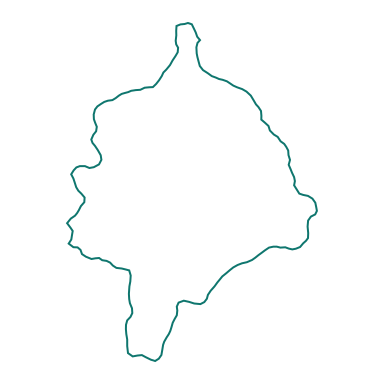 José Gonçalves de Minas, Minas Gerais, Brazil
{"feature_id": "56859067B28845498897374", "entity_name": "José Gonçalves de Minas", "entity_type": "district", "adm_level": 2, "iso_a3": "BRA", "parent_name": "Brazil", "parent_adm1": "Minas Gerais", "projection": "albers", "projection_center": [-42.66, -16.9], "detail": "fine", "context": "isolated", "style": "outline", "palette": "teal", "viewbox_px": 384, "rotation_deg": 0, "n_neighbors": 0, "source": "geoboundaries", "source_scale": "gbopen_adm2", "svg_char_len": 2691}
<svg xmlns="http://www.w3.org/2000/svg" viewBox="0 0 384 384"><path d="M200.0,40.1L197.2,36.7L195.7,32.4L194.0,28.8L191.8,24.3L187.9,23.0L184.6,24.0L180.5,24.4L176.5,26.0L176.2,30.8L176.3,35.4L175.7,40.8L176.2,44.4L178.1,47.7L177.7,52.3L175.4,56.2L172.6,60.4L170.0,65.1L166.2,69.7L163.4,72.5L161.8,76.0L159.1,80.2L156.1,84.0L152.9,87.1L148.9,87.3L144.7,87.7L140.3,89.8L135.8,90.1L131.2,90.8L128.2,92.1L124.8,93.0L121.7,93.9L118.9,95.6L115.7,98.1L112.4,100.1L107.9,100.7L104.3,101.9L100.9,104.0L97.4,106.4L95.0,109.5L93.7,114.5L93.9,119.2L95.1,122.6L96.8,126.8L96.1,131.3L93.4,134.7L91.3,139.5L92.5,142.9L95.0,145.9L97.8,150.1L100.7,155.2L101.4,159.8L99.0,164.4L93.8,167.2L89.4,168.0L84.9,166.1L79.9,166.1L76.4,167.4L73.7,170.3L71.2,174.3L73.4,178.5L74.8,182.8L76.2,187.2L78.3,190.7L81.3,193.6L84.6,197.5L84.3,202.2L80.9,206.1L78.9,210.1L77.1,213.1L75.0,215.7L70.8,218.6L67.1,223.2L70.5,227.7L72.7,231.0L72.0,235.1L71.3,239.5L68.7,243.6L73.4,247.2L77.6,247.4L80.5,249.9L82.0,254.1L85.9,256.7L91.5,259.0L95.5,258.3L99.1,258.0L102.2,260.2L106.6,260.9L110.1,262.6L112.9,265.6L116.4,267.9L121.7,268.5L125.4,269.4L129.2,270.4L130.7,275.5L130.3,281.5L129.4,286.4L128.9,293.8L129.2,299.1L129.9,303.2L132.0,308.3L132.3,313.1L130.5,316.9L127.2,320.4L126.0,324.8L125.9,329.2L126.3,334.0L127.2,339.5L127.2,346.1L128.0,353.1L132.7,356.4L137.7,355.5L141.9,355.1L145.8,357.2L150.9,359.7L155.1,361.0L158.8,358.7L161.4,355.0L162.3,349.8L163.1,344.9L164.2,341.7L166.7,337.3L168.8,334.1L170.3,330.9L171.5,327.1L172.7,322.8L174.7,318.9L176.8,315.3L177.3,310.5L176.8,306.6L178.6,302.6L183.8,300.7L189.2,301.9L194.2,303.5L200.4,304.1L204.3,302.1L206.9,298.7L207.9,294.9L210.7,290.7L214.5,286.4L217.4,282.4L219.8,279.5L222.3,276.4L226.4,273.1L229.9,270.1L233.3,267.4L237.6,265.0L242.0,263.3L246.9,262.2L252.0,260.0L255.4,257.6L258.5,255.1L261.8,252.7L265.0,250.3L269.0,247.6L273.2,246.7L276.9,246.7L280.4,247.6L285.3,247.3L288.8,248.6L292.3,249.4L295.9,248.7L300.1,247.0L303.2,243.3L306.0,240.8L308.0,238.1L308.2,233.1L307.6,226.6L308.1,220.6L310.9,216.6L315.2,214.4L316.9,210.9L316.2,207.0L315.3,202.7L312.4,198.6L308.0,195.9L303.1,194.9L299.3,193.6L296.8,189.6L294.1,185.3L294.9,181.1L294.1,177.1L292.0,172.7L290.6,169.2L288.7,164.8L290.0,159.9L288.5,155.1L288.2,150.5L286.2,146.8L284.2,143.9L280.6,141.3L277.7,136.9L273.8,134.5L269.9,130.5L268.5,126.0L264.7,122.5L261.3,119.6L261.4,115.8L261.0,111.0L258.4,107.0L256.0,104.4L253.8,100.6L250.8,95.6L246.5,91.6L242.2,89.1L237.1,87.3L233.3,85.6L230.2,83.5L226.9,81.3L222.6,79.8L219.0,79.0L215.9,77.6L211.8,76.1L207.8,73.2L203.0,70.1L199.8,66.0L198.5,61.2L197.4,57.0L196.7,53.4L196.4,47.3L197.5,42.9L200.0,40.1Z" fill="none" stroke="#0f766e" stroke-width="2"/></svg>